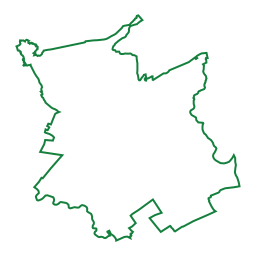 Gura Ocnitei, Dâmbovita, Romania
{"feature_id": "2599482B41212153324828", "entity_name": "Gura Ocnitei", "entity_type": "district", "adm_level": 2, "iso_a3": "ROU", "parent_name": "Romania", "parent_adm1": "Dâmbovita", "projection": "robinson", "projection_center": [25.584, 44.936], "detail": "fine", "context": "isolated", "style": "outline", "palette": "green", "viewbox_px": 256, "rotation_deg": 0, "n_neighbors": 0, "source": "geoboundaries", "source_scale": "gbopen_adm2", "svg_char_len": 5594}
<svg xmlns="http://www.w3.org/2000/svg" viewBox="0 0 256 256"><path d="M105.1,238.1L106.4,237.6L108.1,236.2L109.9,235.6L109.1,234.0L107.4,231.9L107.4,231.6L109.3,230.7L110.8,233.9L113.6,235.9L114.9,237.4L115.9,239.0L116.2,240.6L124.5,236.9L127.3,236.6L130.4,238.2L130.0,236.6L131.0,236.1L131.3,235.7L131.4,235.4L131.2,235.0L130.7,235.1L130.5,233.9L130.9,233.5L132.0,233.2L132.9,231.8L131.6,230.9L129.1,228.1L132.1,226.5L135.7,223.1L130.6,215.7L132.4,214.0L139.0,209.7L152.9,199.5L161.6,212.8L155.0,215.1L149.6,218.1L160.8,231.9L170.1,225.9L170.5,226.1L171.6,227.9L172.7,228.7L174.4,231.1L175.0,231.4L182.3,226.6L183.2,226.6L193.3,221.2L208.9,214.4L215.6,211.3L214.2,210.3L213.2,209.1L211.5,206.4L209.0,201.3L209.3,200.5L208.6,199.4L208.5,198.3L209.3,197.7L210.6,197.3L211.0,196.5L210.9,195.6L218.3,192.7L219.2,192.1L219.7,191.0L220.5,190.1L225.1,188.3L234.4,187.2L239.5,186.3L238.7,182.2L237.2,177.5L235.8,175.2L234.9,172.4L235.5,167.2L235.9,165.3L235.2,161.4L235.2,158.1L233.8,155.2L232.5,157.7L230.8,159.9L229.2,161.7L226.8,162.7L224.1,163.4L220.5,163.1L216.1,160.6L214.7,159.5L213.8,158.3L213.2,156.9L213.1,155.5L213.6,153.9L214.5,152.7L215.8,150.2L216.4,148.4L215.8,147.4L214.1,146.0L213.4,144.5L213.1,143.2L212.1,141.5L210.9,140.0L209.4,138.9L208.1,138.1L205.7,134.5L204.1,133.4L202.8,130.4L202.5,129.1L202.5,126.2L202.8,124.4L203.3,123.5L203.0,122.8L198.3,122.4L196.3,120.1L196.0,117.6L194.5,116.6L192.4,115.5L191.4,114.7L190.3,112.8L190.2,112.0L190.4,111.0L191.0,110.3L193.7,108.6L194.2,107.6L194.4,106.3L193.7,103.9L193.7,100.4L194.3,99.4L194.3,98.9L193.5,98.3L193.4,97.9L193.9,97.4L193.9,95.9L194.6,95.0L197.2,93.9L198.3,92.7L198.3,91.9L199.1,91.1L200.0,90.9L200.7,90.4L204.2,89.1L204.8,88.1L205.0,87.4L204.4,86.2L204.4,84.2L204.9,83.6L205.1,82.5L205.6,81.9L205.6,80.5L206.2,79.8L206.1,79.0L206.5,78.4L205.8,75.8L204.6,74.4L203.7,73.0L203.2,71.6L203.8,68.6L203.7,67.6L204.0,65.6L203.0,64.3L206.4,62.6L206.2,59.7L205.9,59.6L205.7,59.1L206.0,58.8L206.1,57.9L207.6,58.0L206.5,52.9L201.7,53.4L200.3,54.0L197.4,55.6L196.0,56.8L197.2,58.1L195.9,59.0L194.7,57.7L188.8,62.1L169.6,70.2L169.2,70.4L169.0,71.0L168.2,71.9L166.7,73.0L165.5,73.4L163.5,73.4L153.1,80.0L152.7,79.8L152.5,77.5L152.6,76.4L152.0,76.3L148.4,78.3L147.1,78.4L146.6,79.0L146.1,80.6L145.4,80.5L144.9,79.9L144.7,78.9L146.0,77.1L145.6,74.4L143.8,74.9L143.3,76.0L142.0,77.4L140.2,80.2L139.6,80.3L139.1,80.2L138.5,79.2L138.1,75.8L137.2,73.2L137.4,70.1L137.4,63.3L136.7,58.9L136.6,56.4L134.4,55.2L132.5,55.1L131.3,53.9L130.4,53.5L127.9,53.7L125.1,53.5L123.2,54.0L121.1,54.0L120.1,53.6L119.1,51.6L116.1,51.8L115.2,50.3L113.2,50.0L112.9,49.8L112.5,49.2L112.8,47.8L113.4,46.1L114.5,45.2L115.0,43.9L118.6,40.8L122.3,38.2L124.5,37.4L125.7,36.6L126.4,35.0L128.6,32.4L129.0,30.8L128.9,29.9L129.1,28.4L130.0,26.5L130.5,26.0L134.6,24.7L136.8,24.2L139.9,21.6L142.4,20.1L138.3,15.4L136.8,15.9L136.5,16.6L136.7,17.6L136.3,18.2L135.5,18.3L134.9,18.8L134.5,19.9L133.6,20.3L133.2,21.1L130.4,23.6L129.8,24.7L129.3,24.9L124.6,25.7L123.1,26.1L121.7,28.1L115.9,33.7L114.3,34.7L111.6,36.0L107.9,38.2L106.2,39.0L103.9,39.5L97.4,40.2L93.3,40.4L85.5,41.3L85.1,42.2L84.3,42.5L51.1,49.4L47.3,49.9L43.7,50.6L43.4,51.5L42.3,52.6L42.0,53.9L40.7,55.3L39.8,55.8L38.7,55.5L37.6,56.0L36.3,54.9L34.2,55.3L34.5,54.6L35.0,54.3L35.3,53.5L33.9,53.5L33.5,53.2L34.4,52.6L34.9,51.7L35.2,51.6L35.6,51.0L36.9,49.6L37.1,48.9L37.6,48.9L37.7,46.8L37.1,46.3L36.1,46.5L35.9,46.3L35.8,46.1L36.5,45.5L36.0,44.5L35.7,44.4L35.2,44.3L34.5,44.5L33.7,43.8L32.9,43.9L32.7,43.9L32.8,43.3L32.2,43.0L31.8,43.2L31.1,42.7L29.8,43.8L29.5,43.5L29.6,43.1L28.4,43.0L28.3,42.7L28.5,42.2L28.4,41.5L28.8,41.0L28.2,40.9L28.1,40.4L27.7,40.1L26.5,39.8L25.3,40.7L25.0,41.5L23.2,40.4L22.1,40.6L21.2,40.4L20.9,40.8L20.1,40.5L19.9,41.7L20.2,43.3L20.5,43.8L19.5,45.1L16.5,46.4L17.0,47.4L17.7,50.1L18.2,50.7L19.2,50.5L20.7,51.7L20.8,52.0L20.4,52.5L21.0,53.2L21.1,53.5L20.8,53.8L21.0,54.2L21.8,55.0L22.7,55.5L22.9,56.0L23.4,56.6L24.0,58.8L23.0,59.1L22.8,59.4L22.9,59.9L23.1,60.4L24.0,60.6L24.2,61.7L23.8,62.2L24.0,62.5L24.3,62.9L24.8,62.6L25.5,63.7L24.3,64.0L23.4,65.3L23.6,65.6L23.9,65.7L24.7,65.3L27.5,65.5L28.3,65.1L29.6,65.1L30.6,64.7L30.8,65.8L34.4,72.9L36.2,75.9L38.3,78.7L39.1,80.8L39.4,82.5L41.5,85.2L41.9,86.7L42.0,87.4L41.4,88.5L41.3,89.7L41.5,90.5L41.9,91.1L40.8,91.7L42.2,93.1L42.5,94.0L42.3,94.6L41.2,95.1L42.1,97.1L43.2,97.9L43.9,99.7L45.2,101.5L45.5,102.6L51.3,107.5L53.0,108.5L54.7,109.1L56.9,110.3L58.1,111.6L59.1,112.0L56.0,113.3L55.1,114.0L50.9,124.5L49.4,123.9L48.3,123.7L47.2,126.1L48.5,126.7L49.3,127.4L47.7,130.1L47.3,130.2L45.6,129.4L44.9,132.3L45.7,132.8L49.5,134.0L52.4,135.7L54.0,137.4L52.9,140.6L45.2,140.0L44.2,144.2L40.2,151.9L62.3,155.2L51.0,168.1L42.7,178.3L41.5,177.8L39.0,181.8L34.3,187.2L36.8,189.0L38.4,190.7L38.8,192.3L38.8,193.1L36.6,195.2L35.9,196.5L36.0,197.4L36.9,199.7L37.1,200.1L37.8,200.4L38.7,200.4L39.8,200.0L41.8,199.1L43.3,197.9L45.4,195.6L47.4,195.3L53.3,197.3L54.0,199.1L54.1,200.0L53.8,201.5L53.3,202.4L53.2,203.2L53.5,203.9L54.9,204.7L56.5,204.7L57.6,204.3L59.0,203.4L59.5,202.6L60.7,202.1L61.5,202.1L65.9,202.9L67.3,203.6L68.5,204.9L68.8,207.5L69.1,207.8L69.8,208.2L70.5,208.3L74.4,207.2L77.3,207.6L78.6,207.6L79.4,207.1L80.9,205.7L82.1,205.1L84.3,205.6L86.5,207.0L87.0,207.9L87.2,208.4L87.1,211.2L87.9,212.0L90.7,213.6L91.3,214.1L92.1,216.4L92.1,218.9L92.6,220.1L93.7,221.8L93.9,222.6L93.8,224.0L92.8,225.6L92.6,227.4L93.1,228.2L96.1,228.5L96.5,229.1L96.4,230.3L96.0,231.0L94.9,231.9L94.5,233.0L94.6,233.8L95.3,234.7L98.4,236.9L99.8,237.1L101.0,236.7L102.4,237.0L103.3,237.3L103.9,237.8L105.1,238.1Z" fill="none" stroke="#15803d" stroke-width="2"/></svg>